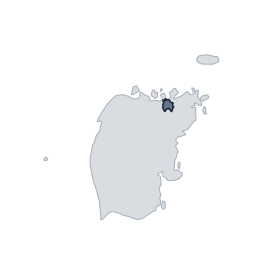 Suncheon-si, South Jeolla, South Korea shown in context, rotated 198°
{"feature_id": "91817680B16002130574290", "entity_name": "Suncheon-si", "entity_type": "district", "adm_level": 2, "iso_a3": "KOR", "parent_name": "South Korea", "parent_adm1": "South Jeolla", "projection": "mercator", "projection_center": [127.399, 35.008], "detail": "fine", "context": "in_parent", "style": "filled", "palette": "slate", "viewbox_px": 256, "rotation_deg": 198, "n_neighbors": 0, "source": "geoboundaries", "source_scale": "gbopen_adm2", "svg_char_len": 4429}
<svg xmlns="http://www.w3.org/2000/svg" viewBox="0 0 256 256"><g transform="rotate(198 128 128)"><path d="M75.6,63.0L76.5,62.3L76.5,61.3L76.5,58.1L79.0,55.8L82.6,51.2L84.3,48.7L86.3,46.4L88.6,44.8L90.9,44.0L94.4,43.7L101.2,44.0L102.6,43.7L107.3,43.5L108.4,43.9L111.9,44.2L115.7,43.9L117.6,43.2L119.4,42.0L120.9,39.9L122.5,36.0L124.2,33.0L125.3,32.4L132.2,48.7L138.9,59.2L144.6,66.7L152.7,81.2L155.0,88.9L155.3,93.7L156.6,100.3L155.5,104.0L155.8,109.9L155.3,112.9L154.3,115.1L154.3,119.4L154.6,121.7L154.6,124.7L155.3,125.9L156.2,126.3L157.6,125.2L159.4,124.8L159.1,128.4L157.0,137.6L155.1,144.2L152.5,150.0L149.2,155.3L145.3,157.3L142.5,158.1L137.3,158.3L132.9,157.4L129.1,158.1L127.6,159.2L126.5,161.1L127.3,164.0L127.2,166.1L125.6,166.0L122.4,164.7L118.9,164.5L117.3,163.9L115.6,160.8L113.9,161.0L110.9,162.8L106.4,163.2L104.8,164.2L104.3,165.4L104.9,167.1L107.2,169.2L106.4,171.3L104.1,172.4L102.2,169.8L101.0,167.2L99.6,167.0L97.6,167.8L97.1,170.5L98.1,172.4L99.7,174.6L97.5,177.2L96.9,179.0L95.3,180.2L91.0,177.4L91.6,175.3L93.5,173.4L93.7,171.3L93.1,170.1L86.9,175.3L83.1,181.1L81.1,180.7L80.2,179.2L79.0,178.6L74.9,182.3L74.2,185.3L72.7,185.4L72.0,184.1L71.9,181.5L71.2,179.2L67.0,175.9L65.0,173.0L66.1,171.3L69.6,172.2L72.5,172.1L71.9,170.7L71.0,170.1L72.9,169.3L74.4,167.7L73.1,167.3L71.1,168.2L69.5,167.8L68.8,163.9L66.8,160.0L65.8,156.2L67.8,154.0L68.8,150.6L70.6,145.7L71.5,144.1L74.1,142.9L75.0,141.6L73.6,141.0L71.4,140.4L71.4,139.0L73.0,138.2L74.7,136.6L78.0,134.7L79.0,131.1L78.0,130.2L76.0,129.3L76.4,127.5L77.3,126.1L77.0,125.2L74.5,122.8L72.9,120.7L73.4,118.2L73.0,114.5L73.2,111.4L73.1,109.7L71.9,105.8L71.4,102.0L69.8,102.5L68.6,103.5L64.1,102.1L62.6,102.0L62.1,99.2L63.7,95.7L67.5,92.5L69.7,92.2L71.4,90.8L74.0,90.4L77.1,92.5L79.9,92.9L81.4,96.5L82.4,97.3L82.6,96.0L84.8,94.4L85.4,93.2L84.9,92.6L82.3,91.9L80.0,87.4L79.6,85.4L78.8,84.1L80.0,80.5L77.4,76.3L76.0,75.0L76.2,71.3L74.8,68.9L74.0,67.6L73.6,65.3L74.0,64.3L75.2,63.9L75.6,63.0ZM66.8,222.8L65.5,223.6L64.3,223.1L64.0,222.8L62.6,220.8L62.2,219.8L63.2,217.9L67.1,214.8L77.3,211.7L79.2,211.6L83.2,212.9L84.1,215.3L83.3,217.4L82.4,218.8L77.7,221.2L74.1,222.3L66.8,222.8ZM135.7,168.6L133.0,170.8L129.4,167.9L128.5,166.3L131.3,164.0L133.6,161.3L135.2,161.1L135.7,168.6ZM116.4,168.4L116.1,171.8L114.1,171.9L112.9,169.7L111.6,170.8L110.9,170.8L109.9,168.1L109.8,166.0L112.1,164.4L113.6,165.3L115.6,165.8L116.4,168.4ZM64.2,183.5L62.3,184.0L61.3,182.8L60.6,182.5L61.0,180.9L64.0,177.8L64.5,176.8L67.3,177.4L68.3,179.0L67.1,181.5L64.2,183.5ZM72.3,64.6L72.2,69.4L70.6,69.2L69.6,68.7L69.1,67.7L68.0,63.3L69.2,61.5L71.6,62.9L72.3,64.6ZM62.4,171.0L62.0,171.8L60.8,171.5L59.5,169.2L59.0,167.3L57.7,166.2L59.7,164.6L62.3,167.5L62.4,171.0ZM69.4,109.1L69.0,111.4L67.1,109.9L66.6,104.9L68.5,106.3L69.4,109.1ZM197.8,73.9L196.5,75.0L194.9,73.9L194.8,72.8L195.6,71.8L197.4,71.2L198.3,72.1L197.8,73.9ZM79.0,184.4L79.5,186.0L77.2,185.7L75.9,184.1L76.1,182.8L77.5,182.6L79.0,184.4ZM108.8,175.0L108.5,176.1L107.1,174.4L108.5,172.7L108.8,175.0Z" fill="#d9dde1" stroke="#a8b0b8" stroke-width="1"/><path d="M92.0,157.1L91.6,157.2L91.6,157.4L91.5,157.8L91.4,158.2L91.4,158.6L91.4,158.9L91.6,159.4L91.6,159.7L91.4,160.0L91.4,160.6L91.4,161.1L91.3,161.4L91.1,161.8L91.0,162.2L91.6,162.4L91.7,162.6L91.8,162.8L92.3,163.1L92.5,163.4L92.6,163.8L92.8,164.1L92.8,164.5L92.8,165.0L92.8,165.6L93.2,165.8L93.7,165.7L94.0,165.6L94.4,165.4L94.9,165.6L95.1,165.8L95.6,165.9L95.8,166.3L96.0,166.5L96.3,166.6L96.8,166.7L96.9,167.0L97.1,167.2L97.3,167.3L97.6,167.4L97.8,167.4L98.0,167.4L98.8,167.5L99.0,167.4L99.2,167.2L99.6,167.2L100.0,167.2L100.1,166.9L100.1,166.5L100.2,166.0L100.6,165.8L101.0,166.0L101.0,166.5L101.1,167.1L101.5,167.3L101.8,167.0L101.9,166.6L101.9,166.3L101.5,165.9L101.7,165.6L102.2,165.7L102.6,165.7L102.9,165.6L103.1,165.6L103.3,165.5L102.7,164.8L102.9,164.7L102.9,164.4L103.0,164.3L102.9,164.0L102.5,163.9L102.2,163.7L101.9,163.4L101.7,162.9L101.8,162.6L101.9,162.3L101.9,161.9L102.1,161.6L102.2,161.3L102.1,160.9L101.7,160.2L101.5,159.8L101.2,159.3L101.2,157.9L100.9,157.5L100.5,157.3L100.2,157.0L100.1,156.6L99.8,156.4L99.5,156.2L99.2,156.0L98.9,155.7L98.7,155.4L98.4,155.2L97.8,155.5L97.9,156.1L97.9,156.6L97.9,157.0L97.1,157.4L97.0,157.8L96.7,158.2L96.3,158.3L95.8,158.4L95.8,158.7L95.6,159.2L95.1,159.3L94.6,158.9L94.1,158.7L93.7,158.6L93.4,158.2L92.8,157.9L92.6,157.6L92.3,157.2L91.9,157.1L92.0,157.1Z" fill="#64748b" stroke="#1e293b" stroke-width="1.5"/></g></svg>